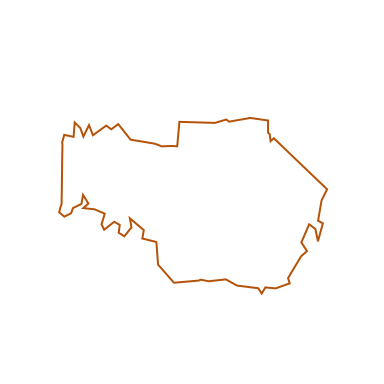 Knox, Tennessee, United States of America (Mercator projection), rotated 42°
{"feature_id": "52423323B15791543684025", "entity_name": "Knox", "entity_type": "district", "adm_level": 2, "iso_a3": "USA", "parent_name": "United States of America", "parent_adm1": "Tennessee", "projection": "mercator", "projection_center": [-83.983, 35.991], "detail": "fine", "context": "isolated", "style": "outline", "palette": "amber", "viewbox_px": 384, "rotation_deg": 42, "n_neighbors": 0, "source": "geoboundaries", "source_scale": "gbopen_adm2", "svg_char_len": 1067}
<svg xmlns="http://www.w3.org/2000/svg" viewBox="0 0 384 384"><g transform="rotate(42 192 192)"><path d="M200.7,88.0L185.8,97.9L172.5,114.9L169.0,115.2L162.8,125.3L135.7,148.3L150.4,167.9L145.5,171.9L139.0,178.3L132.0,181.0L111.3,194.2L91.7,190.9L90.1,199.4L83.8,200.1L80.4,216.1L70.7,211.2L74.2,223.5L66.2,219.2L58.3,218.8L67.1,230.3L58.8,235.0L62.3,242.0L64.2,243.7L72.1,252.8L91.6,275.0L103.3,288.4L104.1,290.7L106.9,296.0L113.6,295.7L116.4,288.7L114.3,283.6L117.8,274.8L113.0,267.1L122.7,269.9L122.0,276.7L131.3,270.0L141.7,266.5L146.4,276.6L152.0,278.8L154.1,266.2L160.3,264.8L164.8,271.3L171.4,270.2L170.7,258.8L163.4,253.1L181.7,252.6L186.2,259.8L199.0,253.0L215.4,268.7L239.3,271.5L256.3,253.3L257.2,251.3L264.1,247.2L275.6,234.3L288.1,231.4L305.6,219.2L311.7,220.8L310.4,213.8L318.7,207.6L325.7,194.5L321.0,191.7L316.1,166.8L317.0,159.0L307.0,156.3L300.7,137.6L308.4,136.9L318.6,144.4L310.2,127.7L304.9,129.0L293.9,111.5L290.6,99.6L267.2,98.9L216.9,97.3L216.4,101.6L211.1,97.1L208.9,97.1L200.7,88.0Z" fill="none" stroke="#b45309" stroke-width="2"/></g></svg>